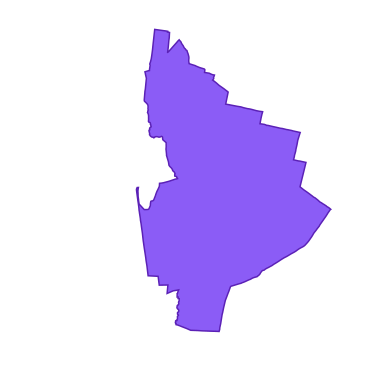 the district of Fantanele, Iasi, Romania, rotated 35°
{"feature_id": "2599482B12543048192025", "entity_name": "Fantanele", "entity_type": "district", "adm_level": 2, "iso_a3": "ROU", "parent_name": "Romania", "parent_adm1": "Iasi", "projection": "albers", "projection_center": [27.177, 47.409], "detail": "fine", "context": "isolated", "style": "filled", "palette": "violet", "viewbox_px": 384, "rotation_deg": 35, "n_neighbors": 0, "source": "geoboundaries", "source_scale": "gbopen_adm2", "svg_char_len": 5892}
<svg xmlns="http://www.w3.org/2000/svg" viewBox="0 0 384 384"><g transform="rotate(35 192 192)"><path d="M294.2,290.7L293.5,288.7L292.6,287.2L291.8,285.3L291.1,283.6L287.0,275.2L286.3,273.3L284.2,268.5L282.9,265.2L281.5,261.7L280.5,257.7L279.7,254.7L279.1,252.1L278.2,248.9L277.9,247.7L277.9,247.4L277.9,247.1L278.0,246.9L278.2,246.5L278.6,246.1L283.2,240.2L284.5,238.7L285.1,237.6L285.9,236.5L286.8,235.1L289.0,231.3L289.8,230.2L290.4,229.0L290.6,228.5L290.9,227.9L291.9,226.4L293.4,224.6L293.9,224.0L293.9,223.6L294.2,222.8L294.6,221.3L294.7,219.8L294.5,218.9L294.5,218.4L294.6,217.3L294.6,216.9L294.7,216.1L294.8,215.9L295.0,215.6L295.6,215.0L296.0,214.4L296.1,213.8L296.5,212.6L297.1,211.4L298.0,209.8L299.1,207.5L299.5,206.9L300.6,203.9L301.0,203.1L302.2,200.3L302.4,199.8L302.9,198.6L303.4,197.2L303.5,197.0L303.9,196.0L305.2,193.0L306.6,190.4L308.0,187.3L308.5,186.1L309.7,183.7L310.3,182.5L311.1,180.6L311.7,178.7L312.2,177.4L313.2,175.2L313.5,174.7L314.6,172.5L315.1,170.7L315.3,169.1L315.4,168.5L315.6,166.6L315.7,165.1L315.7,160.1L315.6,158.2L315.4,156.2L315.4,155.2L315.6,151.9L315.6,150.4L315.8,146.9L315.6,145.7L315.6,142.9L315.6,138.1L315.6,134.7L315.4,131.1L315.4,127.1L315.6,126.6L313.8,126.4L312.5,126.4L311.4,126.5L311.0,126.6L310.0,126.4L307.1,126.5L306.0,126.6L304.3,126.6L303.4,126.7L302.6,126.8L299.5,126.4L295.9,126.2L295.0,126.4L294.1,126.4L293.7,126.4L293.1,126.3L287.1,126.1L284.9,126.1L282.1,126.1L277.5,125.8L271.3,109.8L268.4,102.4L262.4,104.9L261.6,105.4L256.7,107.4L255.6,104.4L255.1,103.5L254.7,102.5L254.1,100.7L253.5,99.1L252.6,97.3L250.9,93.1L249.0,89.0L246.9,82.5L246.5,81.2L239.5,84.1L238.5,84.4L234.6,86.1L233.4,86.7L231.8,87.3L229.5,88.2L227.8,89.1L223.3,90.9L221.2,91.8L215.7,94.0L215.1,94.6L214.6,94.7L214.3,94.6L212.5,95.1L208.5,97.1L208.2,96.3L207.4,94.6L207.1,93.9L205.9,91.2L204.5,87.7L204.3,86.9L203.8,85.7L200.9,87.2L198.0,88.5L193.8,90.0L191.8,90.8L189.6,91.9L185.8,93.4L183.3,94.2L180.0,95.8L171.3,99.7L169.2,100.7L164.3,89.4L158.9,89.1L156.2,89.1L152.9,89.1L149.6,88.7L146.4,88.5L145.6,88.5L144.7,88.5L144.8,87.0L144.6,86.4L143.9,85.7L143.6,84.1L143.3,83.3L141.6,84.1L139.9,84.5L138.0,84.8L133.7,86.9L133.0,85.5L132.4,84.5L132.2,84.3L131.6,84.2L131.4,84.2L126.8,85.7L123.2,86.5L122.2,86.6L118.1,87.9L116.0,88.5L115.5,87.9L114.9,87.4L114.7,87.2L113.6,85.7L112.7,84.1L112.4,83.7L111.6,82.8L109.6,81.1L107.8,79.9L107.0,79.2L106.6,79.0L105.7,79.1L104.5,78.6L103.4,78.5L102.6,78.2L101.0,77.3L98.3,76.3L97.9,76.1L97.3,75.6L96.8,75.4L96.3,75.2L94.7,74.9L94.2,74.7L93.8,76.7L93.7,78.3L92.9,85.2L92.8,86.3L92.7,87.0L92.4,89.6L92.1,91.3L92.0,91.6L91.9,91.6L89.8,87.6L89.2,86.5L88.4,85.1L86.2,81.3L85.1,79.1L84.6,78.2L84.0,77.3L82.7,75.2L82.1,74.2L80.2,75.0L80.0,74.3L79.0,74.7L68.2,80.2L75.2,93.0L78.1,98.2L80.2,102.2L82.2,106.2L83.3,109.1L84.0,111.4L84.6,111.9L85.0,112.2L86.9,116.0L87.5,116.9L86.8,117.6L84.5,120.5L85.1,121.1L85.7,121.6L86.7,122.6L89.4,125.0L94.7,134.4L95.7,136.5L100.2,144.2L101.0,144.9L103.0,145.2L103.5,145.3L104.9,145.6L105.8,146.0L106.2,146.3L106.7,146.9L107.4,147.7L107.7,148.4L108.0,148.8L108.4,149.4L109.1,149.8L109.2,150.1L109.2,150.6L109.5,151.3L109.8,151.7L110.0,152.5L110.8,152.8L111.2,153.1L111.6,153.4L112.7,154.5L113.6,155.8L115.2,158.0L115.3,158.3L116.0,159.3L116.7,159.5L117.4,159.2L117.8,159.2L118.0,159.2L118.3,159.5L118.6,159.6L118.7,159.8L118.8,160.2L119.0,160.4L119.4,160.4L119.9,160.9L120.1,161.1L121.0,161.8L121.1,162.1L120.9,162.3L121.0,162.6L120.9,162.8L120.7,163.3L120.7,163.6L120.7,163.9L120.8,164.2L121.0,164.5L121.6,165.2L121.7,165.4L121.4,165.9L121.5,166.2L121.5,166.3L121.8,166.7L122.6,167.3L123.1,167.9L124.0,168.6L124.3,169.4L124.4,169.5L125.0,169.6L125.8,170.0L127.3,170.1L128.3,169.7L128.7,169.5L129.4,169.5L129.3,169.3L129.5,169.0L130.0,168.7L130.1,168.2L130.1,167.8L130.6,167.5L130.9,167.2L131.6,166.7L131.8,166.6L132.1,166.5L133.1,166.2L133.3,166.1L134.0,165.6L134.5,165.0L134.8,164.3L135.0,164.0L135.4,163.8L136.0,163.8L136.3,163.9L137.6,165.4L138.1,165.9L138.6,166.0L142.5,166.4L145.0,169.9L146.1,171.8L149.4,175.6L150.2,176.7L155.4,180.8L157.8,183.3L159.1,183.8L161.4,184.2L163.2,184.9L163.9,185.6L165.9,185.8L166.7,186.2L167.6,186.7L167.6,187.3L168.0,187.6L168.5,188.6L168.9,188.9L170.1,188.3L170.8,188.4L171.1,188.8L171.8,188.9L172.5,189.3L171.8,190.2L170.9,191.0L170.3,191.9L167.0,196.4L163.3,200.8L161.9,202.2L160.4,203.5L161.6,205.4L161.9,206.0L162.1,206.6L162.5,208.8L162.6,209.3L162.8,210.8L163.0,212.0L163.7,214.7L164.3,216.5L164.5,217.6L165.2,220.3L165.0,221.5L164.8,221.9L164.0,222.6L163.7,223.0L163.7,223.5L164.7,225.5L165.6,226.9L165.8,227.6L166.4,230.7L166.1,231.4L164.4,232.8L162.9,233.8L155.6,232.2L153.4,229.9L152.5,228.8L150.3,226.4L148.4,223.8L147.2,222.3L146.2,220.5L145.5,219.0L144.5,219.8L144.8,221.2L145.0,221.7L145.8,222.7L152.6,230.1L154.7,232.3L157.8,235.7L159.0,237.2L160.0,238.2L161.0,239.3L163.6,242.0L165.3,243.8L165.7,244.4L168.6,247.3L170.5,249.4L174.9,254.1L179.9,259.8L181.6,261.6L184.3,264.5L186.4,266.7L189.2,269.6L192.3,272.9L193.5,274.3L197.4,278.3L201.5,282.9L204.1,285.8L212.6,280.5L218.6,287.1L225.6,282.0L229.8,289.4L233.3,283.7L235.7,281.4L237.2,279.8L237.8,282.2L238.3,283.5L238.1,283.9L238.6,284.4L239.5,285.8L240.1,286.6L240.9,286.0L241.6,286.9L241.7,287.2L242.7,286.7L244.0,288.7L244.0,289.3L244.1,289.8L244.4,290.3L244.7,290.5L245.0,290.9L245.3,291.2L245.4,291.7L245.5,292.2L245.4,292.6L245.1,292.9L245.1,293.3L245.1,293.6L246.0,295.4L246.2,295.6L247.5,296.1L248.1,296.0L248.3,296.0L249.2,296.8L249.5,297.3L249.7,298.0L249.5,298.3L249.3,299.0L249.6,299.6L250.4,300.5L251.3,300.5L251.6,300.8L251.4,302.2L253.0,304.5L252.9,305.3L253.4,305.8L253.4,306.0L252.6,306.5L252.5,306.9L253.1,307.7L253.0,307.8L253.3,308.2L253.3,308.5L253.6,308.6L254.1,309.2L254.5,309.0L255.1,309.8L256.5,309.2L265.9,306.9L269.4,306.2L270.3,306.0L276.0,302.3L279.8,300.0L287.7,294.9L291.5,292.4L294.2,290.7Z" fill="#8b5cf6" stroke="#5b21b6" stroke-width="1.5"/></g></svg>